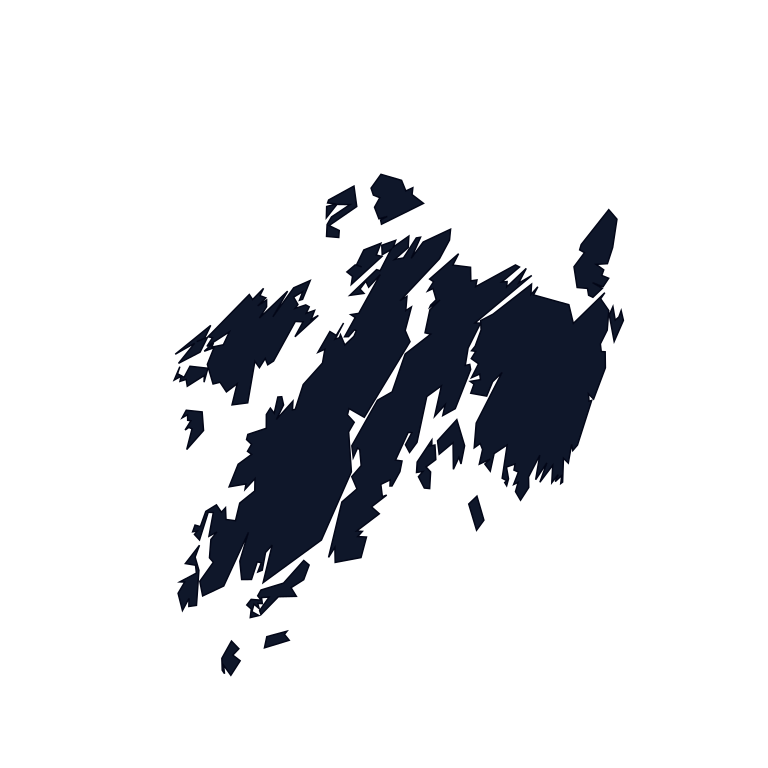 outline of Vikna nor, Nord-Trøndelag, Norway, rotated 333°
{"feature_id": "86288312B81438149454650", "entity_name": "Vikna nor", "entity_type": "district", "adm_level": 2, "iso_a3": "NOR", "parent_name": "Norway", "parent_adm1": "Nord-Trøndelag", "projection": "albers", "projection_center": [10.974, 64.92], "detail": "fine", "context": "isolated", "style": "filled", "palette": "ink", "viewbox_px": 768, "rotation_deg": 333, "n_neighbors": 0, "source": "geoboundaries", "source_scale": "gbopen_adm2", "svg_char_len": 6189}
<svg xmlns="http://www.w3.org/2000/svg" viewBox="0 0 768 768"><g transform="rotate(333 384 384)"><path d="M454.4,266.2L459.6,261.3L445.0,259.4L441.1,268.0L451.2,267.4L432.0,281.3L429.3,278.7L393.8,289.5L407.3,294.2L405.7,288.5L414.5,284.2L414.3,290.8L430.5,284.7L393.6,309.6L385.9,307.1L388.5,311.7L370.3,324.0L373.9,325.7L382.2,322.3L383.5,324.0L378.8,327.9L366.8,331.5L367.6,320.3L365.3,322.5L360.7,321.9L375.7,311.3L363.5,319.0L359.6,312.7L339.5,325.8L347.1,326.2L338.7,337.4L311.8,347.8L293.4,366.3L290.7,365.5L295.1,357.9L271.9,366.8L285.0,357.1L287.1,348.9L283.5,347.4L272.9,360.2L271.8,353.9L265.3,357.8L259.0,370.0L239.8,367.1L236.3,371.1L238.6,377.6L231.8,382.0L234.2,386.6L217.6,389.3L199.3,405.3L215.6,410.4L212.3,414.8L226.1,409.7L220.3,420.6L201.4,424.6L189.6,438.4L181.7,433.0L186.6,422.3L180.9,424.4L179.8,415.6L167.4,416.6L155.6,427.7L151.6,423.9L146.4,428.8L150.9,430.3L146.8,432.0L148.8,439.2L169.1,418.5L173.6,421.0L158.9,440.2L168.0,440.0L159.2,443.9L149.6,459.6L151.0,465.4L130.3,476.2L126.2,490.5L149.5,491.2L195.9,454.6L175.1,476.4L168.4,493.6L177.2,498.0L190.3,484.9L193.5,487.6L186.2,494.2L191.0,494.6L202.0,480.3L211.3,476.7L186.1,506.1L257.4,494.6L315.1,447.4L330.7,410.7L340.1,404.6L337.4,394.9L341.7,390.0L351.3,404.7L426.4,358.1L427.2,345.9L443.4,327.8L436.7,328.5L444.2,316.4L436.1,317.1L490.3,297.6L507.7,285.5L513.6,276.3L483.4,275.3L465.3,284.4L483.2,269.8L479.1,268.5L458.6,280.5L449.9,277.9L467.5,273.4L473.3,263.5L454.4,266.2ZM560.8,362.0L512.8,371.3L498.9,371.4L495.1,379.9L482.4,391.7L477.1,394.1L480.6,396.6L473.3,401.0L477.4,408.9L464.8,418.1L473.8,418.6L471.9,423.9L462.0,420.8L464.1,425.0L457.1,431.6L470.0,441.4L481.8,431.3L494.5,427.3L448.4,460.7L435.4,481.8L442.7,480.7L442.1,487.1L432.5,498.7L444.7,499.1L437.5,501.1L439.1,509.9L450.5,496.0L466.1,494.2L446.5,521.6L449.5,525.8L446.8,526.6L447.1,530.3L451.9,525.0L455.4,513.6L464.5,514.8L460.7,519.7L463.8,523.5L453.9,532.4L458.9,532.5L452.3,539.6L452.9,549.5L466.0,541.9L470.6,532.4L490.5,518.1L475.7,538.1L493.3,528.2L478.3,542.3L497.4,533.0L488.7,548.1L498.1,543.7L492.3,548.7L500.8,546.2L496.3,552.9L498.6,552.5L510.2,531.6L512.3,538.1L523.8,522.9L522.0,529.0L528.7,526.2L561.6,492.9L558.9,492.4L561.7,485.5L563.9,492.6L588.6,470.1L595.7,455.7L592.3,453.7L595.0,446.5L607.4,437.3L617.6,420.6L615.7,406.4L622.2,402.9L580.2,416.0L584.7,397.3L557.7,372.5L565.2,367.2L555.5,371.0L560.8,362.0ZM509.6,301.8L472.3,311.2L474.6,315.4L465.1,321.0L471.0,321.2L468.8,332.6L461.4,334.9L459.6,336.4L472.0,334.5L458.6,338.7L443.8,357.0L448.3,360.8L416.5,366.9L387.7,394.7L370.8,395.5L327.3,424.4L323.1,435.7L331.3,429.1L332.6,431.4L326.6,446.4L313.2,451.9L312.3,465.2L292.9,470.0L255.9,513.3L266.1,507.2L259.5,520.8L284.7,528.2L298.9,512.4L291.3,508.0L297.8,505.5L292.8,502.6L320.9,497.5L317.1,487.8L336.0,484.2L331.4,483.6L335.6,472.0L346.0,472.2L343.0,477.6L344.8,478.5L358.4,469.3L365.1,460.8L359.7,457.0L383.6,438.1L386.8,440.0L375.5,447.9L375.7,456.6L386.9,451.0L416.4,414.6L434.3,411.7L414.4,435.8L429.2,430.1L422.0,438.8L436.3,438.3L467.8,410.4L469.3,405.5L464.8,404.4L475.3,390.1L497.7,373.6L492.7,370.9L564.9,354.4L549.6,355.3L563.2,345.6L537.3,353.3L540.2,348.6L535.2,346.6L557.8,341.3L555.2,337.6L509.8,338.9L514.1,333.5L508.2,331.5L514.1,319.3L499.3,309.3L509.6,301.8ZM304.6,243.1L248.6,262.0L252.2,264.9L243.3,270.1L270.0,267.3L258.7,276.1L247.4,273.0L250.7,269.9L238.7,273.2L249.0,274.5L235.5,286.3L231.7,306.4L238.7,308.0L240.0,319.5L253.3,317.1L239.1,333.6L254.0,338.9L279.3,305.1L280.4,312.9L289.8,307.3L289.1,314.1L296.0,313.4L333.4,288.0L340.1,291.9L326.1,301.5L356.6,293.1L348.3,293.5L355.6,286.9L346.7,285.7L352.4,281.3L350.2,278.0L339.0,276.3L343.4,274.1L342.9,265.6L353.6,264.8L346.7,271.0L349.9,271.6L365.2,258.3L347.2,257.3L315.5,273.7L340.3,257.5L302.9,268.7L314.5,261.8L317.5,255.9L306.9,257.0L317.8,253.6L313.6,248.9L320.1,244.1L305.3,249.1L304.6,243.1ZM663.4,330.7L623.0,349.3L619.2,353.3L622.3,358.0L606.5,365.8L599.9,385.7L608.7,391.2L606.6,397.8L609.5,401.6L621.9,397.9L615.8,388.3L623.3,396.8L632.2,391.8L627.3,386.1L631.6,382.1L627.3,373.7L637.7,378.2L649.7,366.2L666.4,342.9L663.4,330.7ZM476.5,195.8L461.4,203.6L460.3,210.9L464.9,216.1L455.8,222.2L454.5,234.5L463.1,236.2L455.4,236.4L454.3,240.5L501.2,241.0L495.0,228.0L498.8,222.2L491.1,221.9L492.1,210.5L476.5,195.8ZM232.4,504.8L204.1,515.8L180.9,511.7L175.3,515.4L176.5,520.9L167.9,515.6L161.4,518.6L163.6,524.2L158.8,531.4L167.4,533.5L163.0,526.9L168.2,521.1L170.8,527.4L171.9,522.2L175.9,524.4L177.9,518.7L184.9,521.7L170.3,529.4L169.7,533.6L193.3,525.6L209.5,533.4L208.7,523.3L223.6,521.9L235.1,511.3L232.4,504.8ZM447.1,194.0L418.2,194.9L415.9,197.1L423.5,202.0L413.5,199.8L408.1,209.7L423.6,202.6L435.2,208.7L413.1,211.3L405.7,216.1L399.8,226.4L410.2,232.9L413.8,226.9L407.0,217.9L440.3,213.5L447.1,194.0ZM137.1,452.5L146.4,443.9L125.5,453.8L133.8,459.9L131.0,467.3L112.2,467.6L116.5,470.0L105.5,477.0L101.6,494.3L113.0,486.4L109.1,493.6L116.4,496.1L134.5,466.0L137.1,452.5ZM432.7,448.8L405.9,458.9L401.3,471.6L418.9,467.6L407.1,491.5L417.5,483.3L416.3,490.2L427.8,475.6L432.7,448.8ZM426.9,255.4L413.7,265.3L417.3,269.6L412.4,264.8L401.8,267.3L404.8,273.8L400.0,280.5L440.1,269.4L435.7,265.6L445.1,257.2L426.9,255.4ZM195.9,317.6L188.8,322.5L195.0,322.2L192.6,327.2L195.3,329.1L185.9,334.7L190.4,334.1L192.6,336.8L178.5,352.8L202.1,343.5L209.3,326.3L195.9,317.6ZM256.2,253.1L211.5,262.7L233.8,261.7L210.3,272.3L234.6,272.1L247.7,262.4L236.3,261.2L245.0,261.7L256.2,253.1ZM396.4,460.0L399.4,459.2L401.2,455.6L378.1,468.6L372.8,477.6L379.1,479.6L372.6,482.2L372.7,495.0L377.2,497.9L385.6,483.5L383.8,477.0L395.8,474.9L401.7,461.5L396.4,460.0ZM210.0,275.9L198.9,285.2L206.7,285.0L203.4,289.0L209.8,290.1L207.7,296.7L227.7,294.8L224.5,300.7L234.2,290.0L219.2,280.1L208.9,287.3L204.7,281.1L210.0,275.9ZM131.4,543.8L115.0,554.8L109.9,565.6L110.4,569.7L113.4,561.6L115.3,574.0L130.2,565.3L126.2,556.9L134.5,554.0L131.4,543.8ZM185.3,560.2L164.9,555.9L157.7,564.8L183.2,569.3L181.6,561.9L185.3,560.2ZM415.9,526.1L405.0,529.4L400.1,556.3L411.2,550.7L415.9,526.1ZM628.6,426.3L623.7,430.9L619.0,432.1L623.1,419.0L616.1,424.7L608.4,450.6L626.2,436.0L628.6,426.3Z" fill="#0f172a" stroke="#020617" stroke-width="1.5"/></g></svg>